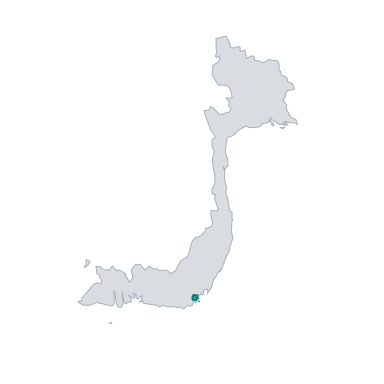 Cam Lam, Khánh Hòa, Vietnam (highlighted), rotated 37°
{"feature_id": "81297802B15274858883665", "entity_name": "Cam Lam", "entity_type": "district", "adm_level": 2, "iso_a3": "VNM", "parent_name": "Vietnam", "parent_adm1": "Khánh Hòa", "projection": "albers", "projection_center": [109.135, 12.074], "detail": "fine", "context": "in_parent", "style": "filled", "palette": "teal", "viewbox_px": 384, "rotation_deg": 37, "n_neighbors": 0, "source": "geoboundaries", "source_scale": "gbopen_adm2", "svg_char_len": 5154}
<svg xmlns="http://www.w3.org/2000/svg" viewBox="0 0 384 384"><g transform="rotate(37 192 192)"><path d="M235.6,74.7L232.3,74.9L228.8,77.6L224.2,79.3L223.1,84.1L219.3,86.3L217.5,85.3L213.7,86.3L209.6,85.2L210.9,90.8L206.8,95.1L207.2,98.0L206.1,100.1L198.9,106.3L196.8,106.4L195.2,107.4L191.7,114.8L191.2,120.9L189.6,124.4L188.0,125.9L187.7,127.8L193.0,137.7L196.5,141.7L200.0,143.7L205.3,149.6L204.4,151.1L204.8,154.4L202.3,153.4L202.6,153.8L205.6,155.6L210.0,161.9L217.8,168.6L219.0,171.9L226.5,177.4L226.3,178.1L231.7,182.5L232.3,184.2L236.3,184.1L239.9,189.2L241.1,189.2L241.5,191.4L247.5,200.0L252.5,204.4L254.9,212.4L257.9,218.4L257.9,221.9L262.4,236.7L262.1,238.7L261.3,236.8L261.4,242.4L262.1,245.4L261.8,249.0L264.9,255.9L265.4,263.5L263.1,260.2L260.7,262.5L262.5,267.9L260.4,267.4L260.6,274.7L261.5,277.2L261.3,278.2L260.3,276.3L259.4,279.7L260.3,282.1L258.9,284.7L256.9,284.9L255.8,290.4L252.4,290.8L249.9,293.3L246.7,294.2L240.9,298.9L237.2,299.7L235.2,303.4L231.9,303.9L219.7,310.2L218.3,308.6L216.1,308.1L214.4,304.6L213.1,310.1L212.1,310.5L210.3,309.4L208.5,307.2L206.0,308.7L208.8,309.2L209.5,310.6L209.1,312.3L203.0,312.2L208.5,314.5L209.7,316.1L207.0,318.8L206.9,320.7L205.6,321.6L202.6,319.8L196.1,313.8L203.8,322.4L205.1,326.2L203.2,327.9L201.0,328.0L197.4,325.4L191.6,319.2L189.6,318.4L196.4,327.1L197.4,329.1L196.5,331.3L182.4,337.6L178.6,343.8L174.1,347.4L169.4,348.3L166.9,347.9L169.6,344.8L168.0,343.6L168.8,326.5L170.1,322.1L174.1,320.3L174.1,319.4L172.8,316.7L169.6,315.7L168.1,313.8L165.2,314.4L160.3,309.2L163.2,307.1L169.2,306.8L173.4,303.3L172.9,299.3L173.4,298.8L179.0,300.3L181.0,298.0L188.3,297.3L190.3,300.0L192.1,299.6L195.4,301.5L196.8,301.6L196.1,298.9L196.8,296.4L190.5,290.9L190.5,283.6L192.0,283.3L193.7,281.0L201.9,282.6L202.3,277.1L208.2,276.5L209.6,274.9L213.0,274.4L218.9,269.6L221.4,269.3L222.7,270.6L225.1,268.4L226.1,264.7L224.5,254.2L227.3,245.6L221.7,230.9L222.4,225.7L224.1,224.0L225.9,219.8L225.8,215.0L224.9,212.7L226.4,211.1L228.4,206.9L226.6,204.0L220.8,199.1L218.5,195.2L223.2,192.1L223.3,190.1L213.8,183.5L212.2,180.0L209.9,181.3L208.2,180.5L206.0,177.1L205.1,170.6L203.6,169.6L200.4,165.0L195.1,160.7L188.7,153.8L187.5,151.8L186.7,148.6L184.1,145.0L181.6,144.2L177.2,139.5L176.7,137.6L177.9,134.4L174.8,132.7L169.2,131.0L152.7,120.1L156.2,116.4L155.3,112.9L155.7,112.3L160.3,112.2L166.9,113.7L170.1,110.9L171.6,107.8L173.9,105.4L174.0,104.1L172.4,101.5L169.4,101.4L167.8,97.8L162.8,96.3L166.1,94.0L167.2,92.1L162.5,88.3L157.6,85.6L153.1,87.3L149.7,90.3L148.1,90.7L137.5,86.3L132.6,78.4L134.7,72.0L134.8,69.7L132.7,68.5L132.1,67.0L130.5,69.7L129.0,69.7L127.5,64.8L125.6,63.7L118.6,54.7L120.9,52.9L124.4,47.9L125.7,47.1L132.8,50.7L135.8,53.6L138.9,51.7L138.9,50.7L142.8,47.1L146.1,50.9L148.7,46.9L155.0,52.1L156.0,51.2L157.3,47.7L159.1,46.7L160.5,46.6L162.2,48.6L163.7,48.8L166.8,46.8L170.0,46.5L172.2,44.7L172.9,40.7L173.7,40.0L181.9,35.7L185.2,38.1L187.3,41.5L190.1,42.4L193.2,44.7L195.5,44.4L196.3,43.7L199.3,43.8L201.8,46.2L207.1,45.2L211.9,47.9L210.3,50.8L207.9,52.2L207.2,53.7L207.2,57.0L209.2,59.1L209.4,64.6L210.7,64.2L215.5,65.8L217.3,68.6L219.7,70.2L221.5,70.4L223.1,72.5L224.8,71.8L225.5,72.7L228.9,72.4L231.3,71.6L235.6,74.7ZM152.7,309.5L152.9,313.1L151.6,317.2L150.3,312.6L148.2,309.9L151.1,308.7L152.7,309.5ZM228.1,80.8L225.2,83.4L224.1,83.3L225.6,79.7L228.1,80.8ZM216.5,90.6L215.7,90.6L214.1,88.9L215.0,88.0L216.8,88.7L217.2,89.5L216.5,90.6ZM226.4,86.9L225.3,87.4L224.0,87.3L227.1,84.6L226.4,86.9ZM211.8,86.7L213.0,89.5L211.3,88.1L211.8,86.7ZM218.3,309.2L215.9,311.5L215.8,310.4L218.3,309.2ZM206.6,346.2L204.8,346.2L206.7,344.8L206.6,346.2Z" fill="#d9dde1" stroke="#a8b0b8" stroke-width="1"/><path d="M260.8,273.2L260.7,273.2L260.4,273.1L260.2,273.1L259.9,273.2L259.7,273.1L259.5,272.9L259.4,273.0L259.3,272.9L259.2,272.8L259.1,272.6L259.0,272.4L258.9,272.4L258.7,272.3L258.8,272.3L258.8,272.2L258.7,272.2L258.6,271.9L258.6,271.7L258.5,271.8L258.4,271.8L258.4,272.0L258.2,272.0L258.2,271.9L258.1,272.0L257.9,272.1L257.7,271.9L257.5,272.0L257.4,272.1L257.4,271.9L257.3,272.0L257.2,272.2L257.2,272.3L256.8,272.4L256.7,272.4L256.7,272.5L256.6,272.4L256.4,272.3L256.2,272.4L256.1,272.5L255.7,272.6L255.6,272.8L255.4,272.9L255.5,273.1L255.4,273.1L255.4,273.3L255.3,273.5L255.2,273.7L255.0,273.8L254.9,274.0L255.0,274.2L255.0,274.4L255.0,274.5L255.3,274.7L255.3,274.8L255.4,274.7L255.5,274.7L255.8,274.8L256.0,275.0L256.3,275.3L256.1,275.5L256.2,275.8L256.2,276.0L256.4,276.1L256.2,276.3L256.2,276.5L256.3,276.5L256.3,276.8L256.2,277.0L256.3,277.1L256.5,277.1L256.8,277.2L257.0,277.3L257.3,277.4L257.4,277.5L257.5,277.6L257.6,277.4L257.8,277.2L258.0,277.2L258.3,277.1L258.4,276.9L258.5,276.8L258.7,277.0L258.8,277.1L259.0,277.0L259.0,276.9L259.1,276.7L259.2,276.3L259.2,276.2L259.3,276.1L259.5,276.0L259.6,275.9L259.7,276.0L259.8,276.0L259.9,275.9L260.0,275.9L260.3,275.9L260.7,275.7L260.6,275.4L260.4,275.0L260.3,274.9L260.3,274.7L260.2,274.4L260.2,273.9L260.3,273.7L260.5,273.7L260.6,273.4L260.8,273.3L260.8,273.2ZM262.9,275.3L262.8,275.5L262.9,275.4L263.0,275.3L262.9,275.3L262.9,275.3ZM262.9,275.3L262.9,275.2L262.9,275.3Z" fill="#14b8a6" stroke="#0f766e" stroke-width="1.5"/></g></svg>